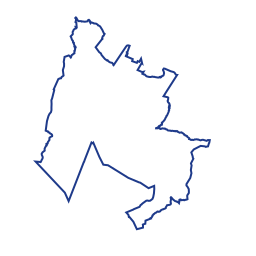 outline of Ajacuba, Hidalgo, Mexico, rotated 283°
{"feature_id": "50627088B1222812133050", "entity_name": "Ajacuba", "entity_type": "district", "adm_level": 2, "iso_a3": "MEX", "parent_name": "Mexico", "parent_adm1": "Hidalgo", "projection": "albers", "projection_center": [-99.07, 20.107], "detail": "fine", "context": "isolated", "style": "outline", "palette": "blue", "viewbox_px": 256, "rotation_deg": 283, "n_neighbors": 0, "source": "geoboundaries", "source_scale": "gbopen_adm2", "svg_char_len": 5768}
<svg xmlns="http://www.w3.org/2000/svg" viewBox="0 0 256 256"><g transform="rotate(283 128 128)"><path d="M204.4,51.5L203.0,52.6L202.6,52.8L201.3,53.6L200.7,54.6L199.2,55.1L199.0,55.3L199.0,56.0L198.9,56.1L198.7,56.2L198.3,55.9L196.5,57.2L195.9,57.4L195.5,57.3L195.3,57.4L195.3,57.5L195.5,58.3L195.1,58.5L194.9,58.9L194.7,58.9L194.3,58.4L194.0,58.3L193.7,58.6L193.2,58.7L191.9,58.8L191.2,58.4L190.5,58.8L190.0,58.6L188.7,59.0L188.4,58.7L188.0,58.1L187.1,57.6L186.4,56.8L185.5,56.6L184.3,56.6L183.8,56.4L184.1,56.0L184.8,55.2L185.4,54.0L183.0,50.2L177.9,50.5L176.5,51.2L173.8,51.8L169.8,51.5L164.6,53.4L163.5,52.6L163.1,52.1L162.4,51.7L161.4,51.6L160.9,50.2L160.7,50.2L160.0,49.1L148.8,46.9L148.4,47.6L139.6,47.4L137.9,47.1L134.3,48.1L130.7,48.8L128.2,49.4L126.2,49.4L124.0,48.3L121.8,47.8L116.5,47.5L106.9,48.4L106.7,49.4L106.7,50.7L106.6,50.9L105.9,51.3L105.8,52.2L105.9,52.5L105.2,53.1L104.9,54.6L104.4,55.4L103.7,55.8L102.9,55.9L102.1,54.8L101.1,53.9L100.7,53.7L100.0,53.8L99.5,54.0L98.5,54.1L98.2,53.8L96.9,53.5L96.6,53.2L95.6,53.0L94.9,53.2L94.2,52.2L93.7,52.6L93.3,52.3L92.7,52.7L92.3,52.5L92.1,52.1L89.6,51.5L89.0,51.4L87.2,51.9L85.1,50.2L83.5,49.7L82.5,50.0L80.6,51.4L79.7,51.6L78.7,51.5L77.5,51.1L75.4,50.7L75.1,50.5L75.1,49.7L74.5,45.5L50.8,81.0L43.4,86.6L84.9,92.6L85.1,92.8L87.2,93.0L105.1,95.6L105.7,95.7L105.1,97.2L105.3,97.2L105.2,97.6L105.6,97.7L93.4,106.6L86.7,112.2L87.2,116.9L79.5,139.5L77.5,151.0L77.5,152.2L74.0,161.6L77.5,166.5L74.6,167.3L70.0,168.0L66.3,168.1L64.4,167.8L62.2,166.0L61.7,164.7L61.7,163.3L61.3,162.2L58.1,159.4L56.9,158.5L56.5,158.4L55.8,157.6L53.8,157.0L50.2,151.9L49.8,151.6L45.3,145.3L43.5,147.9L41.8,148.7L42.0,148.9L37.9,154.3L31.4,159.4L32.2,161.0L34.3,165.0L37.0,164.4L37.2,164.2L37.4,164.3L38.6,166.4L41.7,165.9L44.8,170.5L45.1,170.1L46.0,171.0L46.9,171.4L48.0,171.7L48.3,171.5L49.6,172.4L49.9,172.4L50.0,172.7L51.5,173.7L51.9,174.5L53.2,175.4L53.4,175.9L53.2,176.6L53.3,177.0L53.9,177.9L54.2,178.2L54.9,178.3L55.4,178.7L56.5,180.0L56.6,180.5L57.2,181.1L57.5,181.9L58.0,182.3L58.4,182.8L59.3,182.7L60.9,183.3L61.5,183.4L62.6,186.0L63.2,186.7L64.0,186.8L64.5,186.7L65.4,186.1L68.9,185.9L69.3,185.4L70.2,185.0L70.4,184.7L70.2,185.7L68.5,188.0L67.4,190.3L67.3,191.7L67.4,192.1L67.0,192.6L66.9,193.8L66.3,194.6L67.6,194.6L67.8,194.2L68.8,194.4L69.5,194.2L69.8,194.4L70.2,195.4L69.6,196.1L70.0,197.0L70.3,198.4L70.5,198.6L70.3,199.0L70.4,199.4L71.1,200.3L71.3,201.1L72.0,202.0L75.0,201.0L75.7,200.9L78.4,201.9L80.2,201.5L82.2,200.9L84.1,199.2L85.1,197.9L86.5,197.6L93.3,199.9L98.2,200.0L101.2,198.7L105.8,198.4L107.7,197.3L112.8,198.6L113.5,197.9L114.9,197.4L118.5,195.2L121.9,196.9L126.9,202.8L127.4,207.0L127.1,208.1L127.5,208.7L128.1,210.1L131.5,210.3L131.8,210.5L134.6,210.4L134.2,208.5L133.2,207.6L133.4,203.7L133.0,202.6L132.3,201.5L132.4,200.1L132.6,199.2L132.4,198.8L132.5,198.2L132.4,197.3L132.0,196.3L131.9,195.6L131.3,194.9L130.9,194.1L131.0,193.0L130.6,192.4L130.6,191.6L131.1,190.7L131.0,190.1L131.5,190.1L131.9,189.8L132.7,187.8L133.4,187.4L133.4,186.6L133.7,186.2L133.6,185.5L134.1,184.9L134.1,184.2L134.7,183.9L134.8,183.4L135.1,183.0L135.3,182.4L135.4,181.8L135.7,181.4L135.8,181.2L135.0,179.2L135.3,178.5L135.4,177.7L135.5,177.3L136.0,176.9L136.1,176.3L135.5,175.5L135.7,174.8L135.4,174.4L135.5,173.6L135.3,173.3L135.3,171.9L134.8,170.7L135.0,170.3L134.6,167.6L134.7,167.2L135.3,166.3L135.2,165.5L135.7,164.7L135.5,164.1L135.7,163.8L135.4,162.4L135.4,161.5L134.5,160.3L134.3,159.7L134.4,159.4L134.8,159.0L135.2,158.8L135.6,158.4L134.5,157.4L134.4,156.8L134.2,156.5L134.0,155.5L134.4,155.5L134.7,156.4L135.2,156.8L135.4,157.1L136.8,157.7L137.2,158.1L137.4,158.4L137.4,158.9L137.7,159.1L138.6,159.4L138.7,160.2L139.7,160.3L140.9,159.8L141.3,160.3L141.8,160.5L142.4,161.0L143.3,161.3L143.4,161.5L143.7,161.7L145.5,162.2L146.0,162.2L147.7,162.8L148.3,162.7L148.9,163.2L152.5,163.9L153.8,164.0L154.1,163.8L154.7,164.1L155.3,163.8L155.7,163.9L156.1,163.8L156.8,164.1L157.0,163.8L156.8,163.5L156.8,163.3L157.4,163.1L157.6,163.1L157.7,163.5L158.1,163.7L158.5,163.8L159.1,163.2L159.7,163.6L160.5,162.9L160.9,162.9L161.5,162.4L161.6,162.0L162.2,161.2L163.3,160.5L164.5,160.7L166.6,160.4L166.9,159.8L166.9,155.5L171.9,157.2L190.7,163.9L190.6,163.2L191.0,162.3L191.8,161.6L192.5,160.7L192.8,159.7L192.9,156.9L194.1,150.5L194.0,149.5L192.7,149.0L191.9,149.3L191.3,150.0L189.6,150.8L187.7,150.8L187.0,150.6L185.9,149.1L185.2,149.0L184.5,148.3L184.5,148.0L185.0,147.7L184.8,147.2L184.2,146.8L183.9,146.0L183.7,142.7L183.8,142.1L183.5,141.0L183.6,140.1L182.8,138.7L182.5,137.1L182.5,134.9L182.7,134.1L183.7,132.5L183.9,132.1L183.7,131.6L184.1,129.8L186.3,130.5L185.8,129.5L185.8,128.7L186.6,124.3L194.3,126.7L194.3,127.0L194.2,127.2L198.5,125.1L195.0,124.1L195.3,122.4L193.5,122.0L194.1,117.0L196.2,117.1L197.5,109.7L198.0,109.7L198.0,110.4L198.7,110.3L198.8,110.7L200.5,110.8L200.7,110.1L201.6,110.3L201.8,109.9L202.5,110.4L208.5,111.1L208.6,109.9L208.4,109.1L208.0,108.4L206.9,107.8L185.9,99.8L186.0,99.6L187.0,99.1L187.9,97.9L187.9,96.0L188.1,95.0L189.0,93.3L189.4,92.9L189.0,92.5L190.1,89.9L193.2,85.8L194.6,84.8L195.4,82.9L199.4,78.3L208.7,82.7L209.1,82.9L209.1,83.0L209.3,83.0L209.6,82.6L211.8,82.8L212.4,83.5L213.8,83.8L214.1,84.0L214.5,84.0L214.7,83.3L217.8,80.9L220.7,78.0L221.3,76.2L221.3,75.7L221.7,75.4L222.0,74.9L222.5,73.4L222.2,71.2L222.4,70.9L222.7,68.4L221.7,67.9L222.7,67.1L223.9,66.7L224.6,65.6L224.5,65.3L224.0,64.8L222.9,64.7L222.0,62.5L221.8,61.8L221.6,59.6L221.3,58.9L221.6,58.2L221.0,55.9L221.1,55.4L221.9,54.5L223.9,52.7L224.0,52.3L223.3,51.9L222.6,52.8L222.2,53.0L222.2,52.9L220.8,53.1L219.4,53.0L219.1,53.9L214.8,55.3L214.7,54.2L213.4,55.0L212.6,53.8L211.9,53.2L211.2,52.9L210.2,52.8L209.5,52.5L208.9,52.5L207.2,53.1L206.6,52.9L204.4,51.5Z" fill="none" stroke="#1e3a8a" stroke-width="2"/></g></svg>